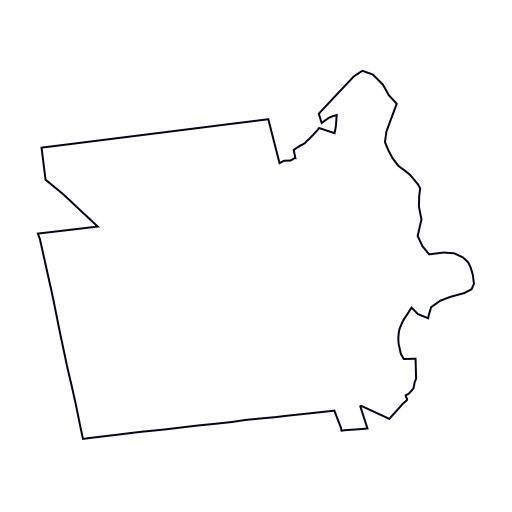 the district of Zadareni, Arad, Romania, rotated 92°
{"feature_id": "2599482B66097007845459", "entity_name": "Zadareni", "entity_type": "district", "adm_level": 2, "iso_a3": "ROU", "parent_name": "Romania", "parent_adm1": "Arad", "projection": "orthographic", "projection_center": [21.215, 46.122], "detail": "fine", "context": "isolated", "style": "outline", "palette": "ink", "viewbox_px": 512, "rotation_deg": 92, "n_neighbors": 0, "source": "geoboundaries", "source_scale": "gbopen_adm2", "svg_char_len": 2305}
<svg xmlns="http://www.w3.org/2000/svg" viewBox="0 0 512 512"><g transform="rotate(92 256 256)"><path d="M248.0,472.2L291.5,460.9L295.9,459.7L306.8,457.0L323.2,453.1L341.7,448.7L363.7,443.2L371.5,441.3L377.5,439.7L391.4,435.9L409.0,431.3L422.7,428.0L432.3,425.7L443.0,423.0L444.8,422.5L442.8,410.2L439.6,389.3L437.0,373.1L435.5,363.2L432.9,343.7L431.3,333.0L429.4,321.0L428.2,313.2L427.2,306.5L425.0,290.1L422.7,274.0L420.3,261.3L420.0,259.2L417.5,240.1L416.4,231.2L414.4,218.4L412.1,202.0L409.5,183.9L408.1,174.4L407.8,172.3L424.5,165.2L427.6,164.4L427.0,161.2L425.1,143.1L424.5,138.6L402.6,146.5L402.1,145.6L414.1,117.1L402.5,107.4L400.7,105.9L398.8,104.4L396.2,101.6L395.1,100.4L394.6,100.1L393.6,100.0L391.4,101.3L390.6,101.5L390.1,101.5L389.8,101.1L389.5,100.7L389.0,99.6L387.8,98.1L383.9,94.8L383.2,94.4L382.5,94.0L380.5,93.6L376.8,93.1L373.0,91.7L355.6,92.8L353.1,93.0L353.8,104.7L348.8,107.8L338.9,110.4L334.9,110.8L333.2,110.9L328.3,110.7L324.2,110.1L317.9,107.8L314.7,106.3L302.2,98.7L308.4,92.2L312.2,81.8L308.6,81.2L300.9,79.1L294.2,70.2L290.0,60.2L285.7,46.4L281.7,39.4L276.2,37.2L267.1,38.7L259.7,41.2L254.7,43.9L250.2,49.2L246.4,58.0L246.3,60.2L246.0,68.6L248.3,83.0L240.4,90.0L230.4,95.1L217.6,92.7L213.8,91.9L201.0,94.9L190.7,95.0L182.6,94.3L178.8,96.6L169.9,104.5L166.3,109.1L162.2,115.0L160.8,117.0L153.5,122.9L146.0,127.3L137.7,131.1L127.0,130.0L119.1,127.4L102.6,121.9L99.0,120.7L96.8,122.8L90.8,128.8L80.4,135.1L70.6,145.5L67.2,156.2L73.1,164.5L92.3,181.4L111.6,198.2L119.4,195.5L120.8,195.0L117.9,191.4L115.2,187.7L113.6,184.3L112.5,180.5L112.4,180.3L115.1,180.4L115.4,180.4L118.6,180.5L121.6,180.6L122.5,180.7L123.6,180.7L124.8,180.9L126.9,181.2L128.1,181.4L129.9,181.7L130.5,181.8L125.9,197.4L128.3,199.1L129.9,200.5L131.4,201.8L133.8,203.9L136.2,206.0L138.2,208.0L138.9,208.9L141.2,210.8L142.9,213.2L143.4,214.0L143.5,214.7L144.7,216.4L145.9,218.0L146.5,219.1L147.2,220.1L148.8,222.0L151.4,221.4L153.3,220.9L155.3,220.4L156.0,220.5L156.8,220.1L156.8,220.9L158.1,222.8L159.4,224.8L159.8,231.0L160.7,232.9L162.4,235.7L118.9,248.5L125.3,288.5L131.7,328.1L153.1,460.9L155.0,473.1L155.3,474.1L157.7,473.7L187.1,469.0L200.5,451.5L203.3,448.2L217.6,431.9L232.1,415.2L234.7,432.1L241.2,474.8L246.7,472.5L247.4,472.4L248.0,472.2Z" fill="none" stroke="#020617" stroke-width="2"/></g></svg>